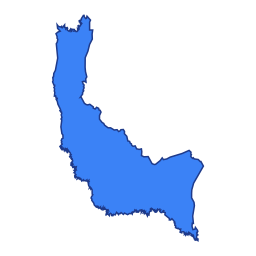 outline of Chum Phae, Khon Kaen, Thailand
{"feature_id": "78962969B27805721585516", "entity_name": "Chum Phae", "entity_type": "district", "adm_level": 2, "iso_a3": "THA", "parent_name": "Thailand", "parent_adm1": "Khon Kaen", "projection": "equal_earth", "projection_center": [102.084, 16.658], "detail": "fine", "context": "isolated", "style": "filled", "palette": "blue", "viewbox_px": 256, "rotation_deg": 0, "n_neighbors": 0, "source": "geoboundaries", "source_scale": "gbopen_adm2", "svg_char_len": 5761}
<svg xmlns="http://www.w3.org/2000/svg" viewBox="0 0 256 256"><path d="M198.0,239.0L197.1,238.8L196.5,237.2L196.8,235.5L197.8,234.9L196.7,233.9L197.2,232.8L196.8,232.3L197.8,231.6L197.5,230.3L195.4,227.4L195.0,229.1L192.9,229.6L192.0,226.2L192.3,223.2L193.4,223.4L192.7,216.1L194.4,205.7L194.0,202.3L191.6,197.8L191.6,193.2L191.8,189.8L193.6,183.2L203.4,166.1L200.9,161.5L200.3,161.6L198.2,159.5L194.2,158.9L193.3,157.8L192.8,158.4L191.6,157.5L190.7,156.2L191.4,154.6L190.8,154.1L191.0,152.2L189.1,150.4L182.1,153.5L170.2,157.1L166.7,159.0L163.4,159.6L162.2,157.9L160.2,160.6L155.6,164.3L154.2,164.5L152.0,163.6L148.2,156.6L143.9,156.8L141.5,155.6L141.8,151.7L141.4,148.9L139.1,149.4L136.6,148.8L135.2,145.9L133.0,146.3L131.7,145.3L131.4,143.9L130.2,143.1L129.6,141.4L127.8,140.9L126.8,136.3L124.4,133.7L124.5,131.4L123.3,129.5L120.9,129.7L119.8,131.1L118.6,131.5L117.1,129.7L114.2,130.0L110.6,127.8L108.1,127.8L104.6,125.2L103.7,123.4L102.1,122.5L99.5,119.2L99.5,115.5L101.0,112.1L100.1,110.3L99.1,110.0L98.6,108.3L96.6,107.3L95.1,109.0L93.2,108.0L93.3,106.9L89.8,104.3L87.7,104.9L86.1,104.5L84.4,103.3L81.0,96.9L80.5,97.1L82.7,93.9L82.4,92.9L83.7,90.8L83.1,90.2L84.1,87.8L83.5,86.7L84.0,86.1L84.0,84.8L83.2,84.1L82.4,81.7L84.1,81.2L86.0,82.2L85.7,78.8L86.8,76.9L85.5,71.7L85.1,67.3L85.2,57.7L87.9,51.2L89.6,44.4L92.3,39.1L92.1,34.1L92.7,30.0L89.6,30.0L89.6,22.1L90.5,20.1L87.0,16.2L86.4,18.4L85.6,18.6L84.1,16.4L84.1,15.4L83.4,15.4L81.3,18.7L81.4,19.7L79.2,20.7L79.3,21.6L80.4,21.3L80.0,22.6L80.4,23.4L81.2,22.8L81.8,23.4L79.5,26.8L78.9,26.8L78.7,25.5L78.0,25.9L79.1,29.0L78.5,29.6L77.6,28.7L77.8,30.7L77.0,31.5L75.9,31.5L75.6,30.8L74.0,31.1L74.4,29.5L72.4,29.3L71.6,31.4L71.0,31.5L71.4,29.3L70.8,28.7L69.1,31.3L67.3,30.1L67.6,28.3L67.3,27.7L65.9,28.9L65.9,27.6L64.6,27.5L64.6,24.9L62.2,27.8L61.6,27.4L61.5,26.4L60.7,27.0L58.4,26.4L57.2,24.8L57.6,28.4L60.2,31.2L58.0,32.0L56.0,33.7L57.2,36.8L57.0,38.1L57.8,39.3L57.2,42.3L56.3,43.7L57.7,58.1L55.4,70.3L53.8,73.4L53.5,76.8L52.8,77.3L53.1,80.6L52.6,81.8L54.0,85.2L54.6,85.2L54.6,86.4L53.9,87.4L54.6,88.8L54.3,91.0L54.8,92.4L54.4,96.1L55.6,95.8L56.0,97.8L57.3,98.3L57.2,98.9L56.2,99.3L57.3,101.4L57.9,104.2L60.3,109.1L60.7,110.4L60.0,110.6L60.7,111.9L61.5,112.0L61.7,113.8L61.2,114.8L61.9,117.4L61.1,118.9L61.6,119.0L61.7,120.6L60.9,126.9L61.9,133.6L62.9,135.0L63.0,138.2L61.8,138.9L61.2,140.8L61.8,141.4L61.4,142.8L62.2,144.1L59.9,146.5L60.7,147.7L60.6,146.4L61.7,146.7L61.3,147.5L61.9,148.3L61.5,147.8L61.0,148.5L62.1,149.8L62.8,149.0L62.6,148.0L63.3,148.1L64.2,150.4L65.0,149.3L65.2,150.7L65.8,149.9L65.2,149.2L65.3,148.4L66.5,148.9L66.8,149.7L67.2,149.0L67.8,150.5L66.7,151.1L67.2,152.5L67.6,152.6L68.4,150.5L70.5,153.3L70.2,154.5L71.0,154.7L69.6,156.6L69.9,157.0L70.7,156.3L70.7,156.9L71.4,157.0L71.0,158.5L71.9,158.8L71.5,159.9L72.2,159.2L72.7,161.0L71.2,162.8L72.4,163.1L72.8,163.9L71.8,163.6L71.2,164.1L71.6,164.6L70.4,165.3L72.2,165.2L72.0,166.6L72.5,165.9L73.1,166.2L72.6,166.7L72.8,167.5L74.4,167.3L74.2,166.0L74.8,167.1L76.3,166.7L75.9,168.5L74.6,168.1L74.9,169.6L75.6,168.7L76.3,170.0L74.1,170.4L75.1,171.4L74.1,172.6L74.9,172.7L75.0,173.9L75.8,174.5L74.7,175.7L74.8,176.6L75.6,175.8L75.6,177.5L76.3,176.8L77.4,177.5L77.1,178.9L78.3,178.1L78.6,176.8L78.6,178.4L79.3,177.9L80.4,178.4L79.7,178.8L79.9,179.4L81.4,179.9L81.8,181.0L83.5,179.8L83.7,180.7L85.4,180.6L85.1,181.2L86.9,179.9L87.0,181.3L88.1,181.9L87.8,181.1L88.6,180.5L88.4,181.2L89.1,181.4L88.1,183.0L88.7,184.0L88.4,184.5L88.8,185.9L89.7,186.9L89.5,187.7L90.1,187.1L90.8,189.1L91.3,188.4L92.1,189.8L92.2,194.2L92.8,194.7L91.2,197.4L91.2,198.4L91.9,199.0L91.8,200.4L93.7,203.0L94.3,205.0L96.2,207.0L97.0,207.3L96.8,206.2L97.6,206.2L97.4,207.0L98.3,206.9L98.8,208.2L100.3,207.0L100.1,208.2L101.5,209.3L101.5,208.3L102.3,208.8L103.0,207.4L103.2,209.8L104.0,209.5L103.8,208.7L104.4,208.0L104.4,208.9L105.0,208.5L105.5,209.4L106.8,209.6L106.5,210.8L108.1,209.8L108.5,210.8L107.5,210.6L106.5,212.0L106.7,212.6L107.6,212.6L106.0,214.1L106.1,214.9L107.8,213.9L109.2,215.4L109.2,214.4L110.5,213.3L111.2,213.8L111.4,215.1L112.0,214.9L111.9,215.6L112.9,215.7L113.7,214.3L115.2,214.9L116.6,212.3L118.6,214.6L119.1,213.5L120.1,213.7L121.1,212.6L123.4,214.4L124.5,213.1L127.6,214.6L129.4,213.5L131.2,213.7L131.5,213.0L132.2,213.8L132.2,213.0L132.8,212.7L132.6,212.0L133.7,211.9L133.5,212.7L134.0,211.5L134.7,211.6L134.9,209.9L136.3,210.7L136.4,212.1L137.2,212.0L137.1,211.2L137.9,212.2L138.5,212.1L138.5,211.1L140.0,210.9L139.9,210.2L141.8,209.8L141.4,212.4L142.7,210.8L143.5,210.6L143.5,211.2L144.4,210.6L144.8,211.6L143.8,212.8L144.6,212.6L144.6,213.3L145.4,212.3L145.3,213.3L146.2,213.8L146.6,212.9L146.4,213.9L147.4,215.9L147.7,214.8L148.1,214.9L147.4,214.1L147.6,213.6L148.4,214.6L149.0,214.4L149.4,211.7L151.1,211.0L150.5,210.5L150.4,208.9L151.3,208.2L152.0,208.6L151.6,209.1L152.0,209.6L152.5,209.1L154.1,210.1L154.6,209.8L154.6,210.7L154.0,210.8L155.2,212.2L156.0,212.1L155.7,210.7L156.6,211.3L156.7,210.4L157.3,210.7L157.6,209.2L158.5,209.9L159.7,209.2L159.8,210.1L160.6,210.1L159.8,211.4L160.9,212.5L161.8,212.6L163.3,210.6L163.8,210.8L163.1,212.1L165.2,212.6L164.9,214.8L169.5,218.6L169.3,219.9L170.7,220.0L171.9,218.7L173.0,219.9L174.8,222.1L174.2,222.8L175.0,223.5L174.8,225.2L175.7,225.9L175.5,227.6L177.6,228.6L178.2,228.3L179.4,229.3L180.7,229.1L180.1,232.2L181.6,232.8L181.6,231.9L183.6,231.7L184.5,232.5L184.1,233.0L185.0,233.3L184.6,234.3L185.0,234.1L185.6,235.1L186.1,233.6L186.3,234.4L187.2,234.8L187.4,233.9L188.4,234.9L188.0,234.0L188.7,232.2L189.5,232.7L188.8,233.3L189.1,234.5L189.8,233.3L191.4,234.1L191.5,234.9L191.1,234.8L191.0,235.4L192.5,236.3L192.8,235.5L193.2,236.4L193.5,235.9L194.2,238.7L194.9,238.6L194.9,239.9L195.8,240.2L196.2,239.4L197.9,240.6L198.0,239.0Z" fill="#3b82f6" stroke="#1e3a8a" stroke-width="1.5"/></svg>